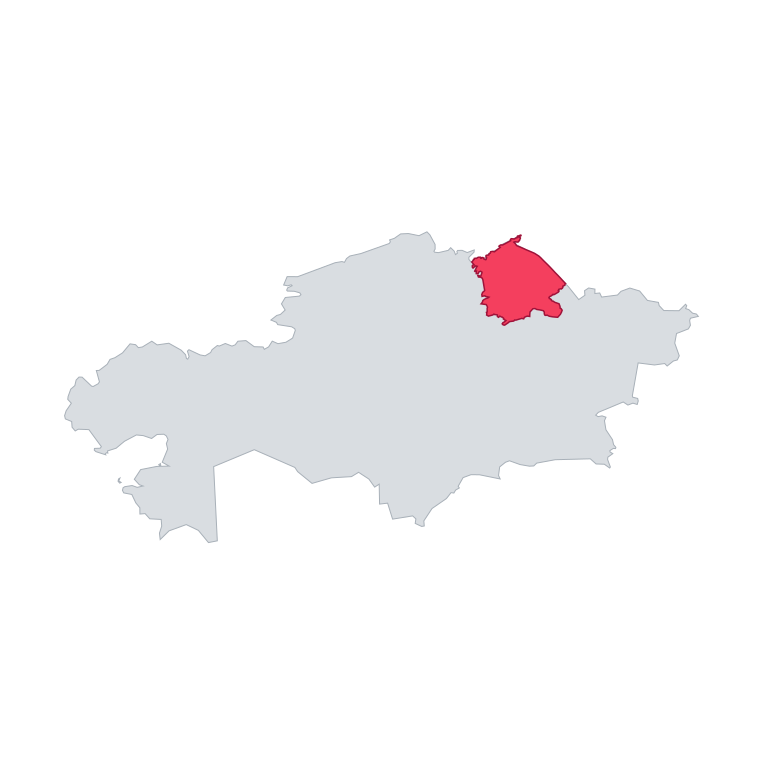 Kazakhstan, with Pavlodar highlighted, rotated 352°
{"feature_id": "KAZ-3205", "entity_name": "Pavlodar", "entity_type": "Region", "adm_level": 1, "iso_a3": "KAZ", "parent_name": "Kazakhstan", "parent_adm1": "", "projection": "robinson", "projection_center": [75.843, 52.234], "detail": "fine", "context": "in_parent", "style": "filled", "palette": "rose", "viewbox_px": 768, "rotation_deg": 352, "n_neighbors": 0, "source": "natural_earth", "source_scale": "10m", "svg_char_len": 7685}
<svg xmlns="http://www.w3.org/2000/svg" viewBox="0 0 768 768"><g transform="rotate(352 384 384)"><path d="M444.1,497.4L440.2,499.0L438.0,501.7L435.3,500.9L429.9,506.1L414.2,514.0L404.4,525.1L404.1,530.2L401.5,530.3L395.5,526.4L396.8,522.0L394.0,518.6L373.7,519.0L371.0,502.5L362.9,502.3L365.3,482.5L360.4,484.8L355.8,476.0L346.5,467.9L338.9,471.2L318.8,469.6L298.9,472.4L286.3,458.8L284.1,454.2L246.4,431.0L203.8,442.1L197.1,516.1L188.1,516.6L179.8,503.1L168.6,495.7L150.7,499.5L140.7,506.9L140.9,500.4L144.1,493.8L144.5,487.1L133.3,484.9L129.4,479.1L124.2,478.8L125.0,472.6L121.7,467.2L118.9,458.3L111.1,455.6L110.2,452.9L111.2,450.4L113.1,449.6L120.4,449.5L125.2,452.0L131.2,451.5L127.7,449.7L123.5,443.6L131.1,434.9L147.5,434.0L159.8,435.4L153.5,430.6L160.7,418.3L160.2,412.7L162.4,408.8L161.2,405.1L159.0,403.1L152.2,402.4L146.3,405.6L138.4,401.6L131.7,400.0L119.0,404.6L109.8,410.3L100.9,411.8L100.9,414.0L99.7,413.4L98.3,414.4L98.6,415.4L89.3,410.9L87.9,409.2L88.3,407.5L94.0,408.1L95.4,406.7L85.4,388.1L74.9,386.2L71.7,387.5L69.1,383.4L69.5,377.7L63.6,374.2L63.3,370.9L65.5,366.3L71.7,359.5L68.7,355.2L69.4,352.5L73.1,345.5L77.6,342.6L79.7,337.2L82.9,334.7L86.0,335.2L94.1,345.4L95.6,346.0L100.9,344.0L102.5,342.3L101.0,330.6L103.8,330.9L112.6,326.0L116.1,321.5L121.2,320.5L129.4,316.8L138.1,308.9L143.5,310.5L145.8,313.8L149.9,313.7L160.0,309.3L164.8,313.7L176.6,313.7L187.9,322.3L191.6,327.4L191.9,331.2L193.1,332.1L194.8,329.7L193.9,324.1L195.6,322.9L205.9,329.6L210.8,331.2L216.7,328.7L218.5,326.1L224.3,322.7L226.2,323.5L232.5,321.8L238.7,325.3L242.1,324.5L245.3,321.3L253.3,321.8L260.7,329.0L269.4,330.5L270.3,333.0L274.9,331.2L279.3,326.0L284.6,329.3L292.7,329.0L299.9,325.8L303.6,318.6L303.3,316.8L300.5,314.5L287.0,310.4L286.1,308.0L280.9,304.9L287.3,301.2L291.1,300.7L296.4,297.0L293.6,290.4L298.3,284.6L312.4,285.2L314.2,284.0L313.3,282.0L308.1,279.7L301.2,278.5L300.7,277.5L301.9,275.4L306.7,273.9L305.9,272.8L302.4,273.4L298.4,272.0L303.0,264.2L313.4,265.7L352.4,257.1L359.4,256.9L361.8,258.0L364.3,254.6L368.0,252.5L379.3,251.6L408.7,245.6L410.1,244.1L409.6,242.1L414.5,241.2L421.4,237.7L429.1,238.4L439.3,242.0L447.7,239.3L450.2,242.7L454.0,252.9L453.4,257.5L451.9,259.5L452.4,260.5L456.1,261.5L466.2,260.6L469.0,258.3L472.0,262.2L472.8,265.8L474.9,264.7L474.6,262.9L475.5,262.0L479.9,262.5L484.7,265.4L492.0,263.8L491.5,266.0L485.7,270.3L485.4,272.4L487.2,275.4L494.1,272.0L499.5,272.9L501.6,274.6L503.1,271.5L509.0,268.0L514.8,266.7L517.2,265.2L518.1,262.9L539.3,256.0L536.6,261.8L533.0,261.7L534.0,264.2L555.0,278.9L580.3,313.5L588.6,327.5L595.3,324.1L595.6,319.5L600.0,317.4L606.1,319.4L605.4,323.7L610.3,323.9L611.6,328.2L627.6,328.4L631.6,325.2L640.8,323.2L650.1,327.5L656.5,337.9L667.1,341.4L667.4,344.7L671.3,350.2L686.3,352.5L693.7,347.0L694.7,348.6L693.2,351.3L696.2,352.8L699.4,356.8L703.1,358.2L704.7,360.8L696.6,361.5L695.5,363.7L695.6,368.5L693.1,371.8L680.7,374.7L677.6,384.0L680.3,397.2L677.8,401.0L673.8,401.5L666.9,405.6L664.8,402.8L654.5,402.8L638.6,398.5L628.3,430.2L628.5,431.7L633.2,433.6L633.4,436.2L631.9,439.5L627.8,437.6L622.6,438.8L618.4,435.1L592.3,441.9L589.3,444.3L591.4,446.1L595.5,445.9L599.2,447.8L597.2,451.0L597.4,460.2L602.5,470.9L602.9,476.0L604.8,479.0L604.3,480.2L602.1,479.7L598.4,481.4L598.4,482.8L600.9,484.8L595.5,487.6L594.9,489.8L596.6,497.7L595.8,498.6L591.0,494.1L582.9,492.7L577.9,486.8L543.0,482.8L524.2,483.6L520.9,486.0L516.5,485.6L507.5,482.7L497.6,477.5L493.4,478.4L487.0,482.2L484.7,490.5L485.8,494.2L466.0,487.2L457.6,485.9L449.3,487.7L443.2,495.6L444.1,497.4ZM110.0,444.9L108.5,445.4L107.1,443.3L107.9,441.1L109.4,440.4L107.9,443.0L110.0,444.9ZM151.6,433.8L150.3,433.5L149.7,432.6L151.5,431.7L151.6,433.8Z" fill="#d9dde1" stroke="#a8b0b8" stroke-width="1"/><path d="M539.8,255.6L540.2,255.6L540.4,255.8L540.3,256.2L540.0,256.4L538.8,256.6L538.5,256.8L538.2,257.0L538.0,257.3L538.2,257.5L539.0,257.7L539.2,257.9L539.4,258.3L539.3,258.8L539.1,259.2L538.7,259.5L538.5,259.9L538.3,260.5L538.2,260.7L538.0,260.8L537.6,261.1L537.5,261.3L536.7,262.0L535.8,262.0L533.9,261.4L532.9,261.4L532.6,261.5L532.3,261.6L533.9,263.8L534.0,264.0L534.2,264.8L534.6,265.4L535.9,266.2L537.8,267.3L540.6,269.0L543.4,270.8L546.3,272.5L549.1,274.2L551.2,275.5L553.1,277.1L553.8,277.7L555.1,278.8L556.8,280.8L557.8,282.2L559.5,284.5L561.2,286.7L562.9,288.9L564.6,291.2L566.8,294.3L569.0,297.5L571.3,300.6L573.5,303.7L575.2,306.2L576.9,308.6L577.7,309.7L577.3,309.8L576.9,311.3L574.7,312.1L574.7,312.6L574.4,313.5L573.7,314.1L572.8,314.6L572.3,314.3L570.2,314.6L569.6,315.7L570.2,315.9L570.1,316.7L569.4,317.3L565.3,319.0L564.4,319.2L563.9,318.7L563.3,318.9L562.9,319.5L561.2,320.3L560.6,320.3L559.8,320.9L559.7,321.1L559.5,321.3L559.4,321.3L559.4,321.7L559.7,321.9L559.9,322.2L559.8,322.5L560.2,322.7L560.5,322.8L560.9,323.0L561.0,323.7L561.0,323.8L561.3,324.0L561.5,324.0L561.5,324.3L561.9,325.0L562.1,325.3L562.4,325.4L562.9,325.4L563.1,325.6L563.4,325.8L564.4,326.8L568.5,328.9L569.1,331.5L569.0,333.5L569.8,333.9L570.7,335.7L569.8,337.5L568.4,339.5L565.3,342.1L560.5,341.0L557.1,339.9L555.1,338.5L553.8,338.6L552.8,338.1L552.5,336.9L552.7,335.0L552.0,333.6L548.6,332.3L545.5,331.4L544.1,330.3L541.9,330.2L538.6,333.0L538.1,335.1L537.7,337.4L535.8,336.8L534.1,336.9L533.1,337.3L532.4,337.4L531.4,338.9L529.5,338.2L523.5,339.1L522.2,338.8L521.3,339.7L517.0,339.7L515.4,340.7L511.7,342.5L510.3,342.1L509.4,340.9L510.0,340.3L510.3,339.8L512.0,339.2L513.6,338.1L512.4,337.3L511.3,336.2L511.7,335.8L511.2,335.0L510.4,334.2L509.8,334.1L508.2,332.9L506.7,333.9L505.7,333.0L505.9,331.4L504.1,330.8L503.1,330.6L502.6,330.1L501.8,330.6L500.6,330.9L496.9,331.3L495.2,330.0L495.6,328.7L495.4,327.3L496.2,327.0L496.7,323.4L497.2,322.4L497.0,321.5L496.7,320.5L496.3,319.6L491.3,318.1L492.4,317.1L493.1,316.1L493.5,315.1L495.0,314.2L497.3,313.5L498.8,313.3L500.0,312.6L498.4,311.9L496.6,311.4L496.2,310.7L495.2,310.7L493.3,310.9L493.3,309.0L494.4,307.0L495.9,306.1L496.7,305.4L496.4,294.5L496.0,292.9L495.5,292.5L494.5,291.7L492.4,291.2L492.0,289.6L492.5,289.7L494.1,290.4L494.6,291.1L495.3,289.9L495.6,289.0L496.1,288.4L496.6,286.9L495.4,285.8L493.7,286.1L492.5,287.8L490.7,287.5L490.9,285.8L491.3,285.0L490.5,284.7L489.1,285.3L489.6,284.7L491.0,282.8L491.6,281.6L492.7,280.4L491.8,280.0L491.3,280.1L490.9,279.8L490.2,280.1L489.4,280.9L488.3,281.6L487.7,280.6L487.9,279.1L488.8,278.5L489.7,278.4L487.9,275.4L489.0,274.5L489.3,274.2L489.5,274.1L489.6,273.9L489.8,273.5L489.8,273.3L489.9,273.2L490.2,273.1L490.3,273.1L490.7,273.2L490.8,273.1L490.9,272.8L491.0,272.5L491.0,272.4L491.0,272.2L492.3,272.2L492.5,272.3L493.0,272.5L493.3,272.4L494.3,271.8L494.8,271.7L495.3,271.6L495.9,271.7L496.9,271.8L497.2,271.9L497.2,272.2L497.2,272.6L497.2,272.9L497.4,273.1L497.9,273.1L498.1,273.0L498.3,272.5L498.5,272.5L499.5,272.5L499.8,272.8L499.9,273.0L500.1,273.3L500.4,273.3L500.2,273.8L500.3,274.1L500.9,274.5L501.7,275.0L502.1,275.1L502.5,274.8L503.2,273.0L503.2,272.9L503.0,272.7L502.7,272.5L502.7,272.4L502.8,271.4L502.9,271.0L503.2,270.8L505.6,270.8L505.8,270.7L506.1,269.8L506.2,269.5L506.4,269.4L506.5,269.4L507.3,269.3L507.5,269.2L507.6,268.9L507.8,268.4L507.9,268.1L508.0,267.9L508.5,267.8L509.8,267.8L510.3,267.9L511.5,268.4L511.9,268.4L513.9,267.2L515.7,266.2L518.1,264.9L517.0,263.5L518.0,262.9L518.5,262.7L519.1,262.6L520.6,262.8L521.2,262.7L522.0,262.4L522.9,262.1L524.6,261.5L527.3,260.5L529.4,259.7L529.2,259.3L529.2,258.9L529.3,258.6L529.6,258.3L529.9,258.0L530.2,257.8L533.2,258.5L533.8,258.3L534.8,257.8L535.1,257.7L535.4,257.7L535.8,257.7L536.1,257.7L536.3,257.5L536.4,257.1L536.4,256.8L536.5,256.4L536.8,256.1L537.2,256.0L538.1,256.1L538.4,256.1L539.5,255.6L539.8,255.6Z" fill="#f43f5e" stroke="#9f1239" stroke-width="1.5"/></g></svg>